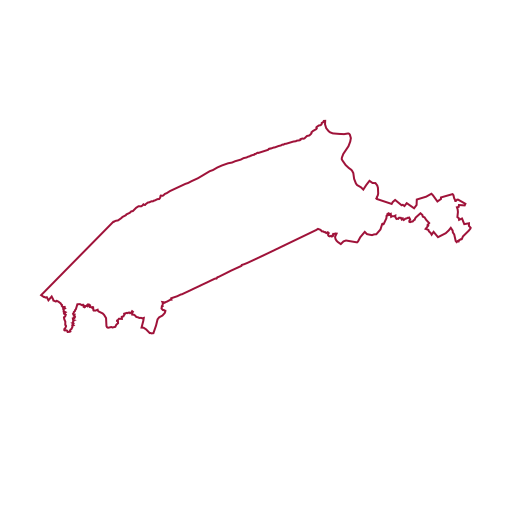 the district of Amphawa, Samut Songkhram, Thailand, rotated 51°
{"feature_id": "78962969B68169586280131", "entity_name": "Amphawa", "entity_type": "district", "adm_level": 2, "iso_a3": "THA", "parent_name": "Thailand", "parent_adm1": "Samut Songkhram", "projection": "robinson", "projection_center": [99.924, 13.363], "detail": "fine", "context": "isolated", "style": "outline", "palette": "rose", "viewbox_px": 512, "rotation_deg": 51, "n_neighbors": 0, "source": "geoboundaries", "source_scale": "gbopen_adm2", "svg_char_len": 6115}
<svg xmlns="http://www.w3.org/2000/svg" viewBox="0 0 512 512"><g transform="rotate(51 256 256)"><path d="M369.1,71.4L366.6,71.6L364.6,69.9L362.3,74.1L356.5,72.3L355.7,75.4L354.4,74.6L352.5,75.0L348.9,71.4L346.6,69.9L344.6,69.2L345.4,67.6L344.1,66.2L348.0,62.0L347.2,60.4L339.3,63.5L338.8,64.2L339.0,66.1L338.6,66.5L337.6,66.0L335.7,65.6L333.0,64.3L331.6,64.3L326.9,75.4L328.1,76.4L327.8,80.7L320.2,80.3L318.0,80.5L317.0,86.4L313.3,95.5L317.4,99.1L318.4,103.1L309.8,105.6L310.6,109.2L308.6,109.7L308.2,110.9L300.0,112.6L300.1,115.7L300.9,117.8L287.6,126.3L287.0,126.3L286.8,125.3L286.3,125.0L285.6,123.3L284.3,121.7L279.7,118.3L277.5,117.4L274.5,117.3L272.6,119.5L269.0,120.5L270.2,125.6L271.9,130.8L268.6,131.2L264.5,132.8L262.5,132.7L257.8,131.2L252.8,128.2L250.3,127.7L249.0,127.7L246.0,128.5L241.7,129.1L236.0,128.7L234.6,128.4L233.5,127.2L231.6,123.9L228.9,115.1L226.4,110.8L224.1,108.1L220.8,106.7L219.7,106.7L218.8,107.2L216.7,110.9L213.4,114.6L209.1,119.1L206.5,120.6L204.8,121.0L200.9,121.0L197.1,119.5L194.5,117.2L193.7,118.3L194.3,119.7L194.0,121.2L194.8,122.0L195.0,122.8L194.9,123.7L194.1,125.0L193.9,127.6L194.0,128.1L195.1,128.5L195.3,129.4L194.7,133.1L194.8,135.1L195.4,135.5L195.7,136.2L195.9,138.7L194.8,140.9L195.1,144.4L194.6,145.5L193.9,146.0L193.2,147.9L193.7,148.3L193.6,149.2L192.0,151.8L191.9,152.8L190.6,154.9L187.7,162.0L186.9,163.2L186.8,164.5L186.0,165.4L185.8,167.0L184.7,169.3L183.4,173.2L182.9,173.8L181.8,177.0L181.3,177.3L181.3,178.0L180.8,178.6L181.1,179.8L177.4,189.3L176.9,189.5L176.6,190.4L176.5,191.9L175.9,192.9L176.2,193.5L175.1,195.8L175.0,196.6L174.6,197.1L174.6,198.1L173.9,199.5L173.5,201.3L172.1,204.1L171.5,207.2L169.2,212.6L168.3,215.8L166.4,219.3L164.2,225.5L162.9,230.3L162.1,235.4L161.0,238.5L159.0,252.3L157.3,258.9L156.5,262.9L155.5,265.5L151.4,282.0L151.0,285.8L150.4,287.7L150.6,290.0L150.3,290.9L149.1,291.9L149.2,292.4L150.3,293.6L150.8,295.4L149.8,296.8L149.1,300.0L148.7,300.5L148.6,301.8L147.7,302.8L147.1,305.2L146.4,306.4L146.3,309.3L146.5,310.1L145.8,310.8L145.0,311.0L145.3,312.6L145.1,314.0L143.4,316.0L143.1,318.8L143.6,323.5L142.8,324.8L143.0,327.0L142.1,330.5L142.4,331.5L141.6,335.3L141.8,336.7L141.5,340.9L140.5,342.6L140.1,343.8L140.0,345.1L139.6,345.3L151.2,447.6L154.3,446.7L154.6,446.2L155.8,445.8L156.4,444.5L159.8,445.2L158.9,440.3L162.2,441.0L163.1,441.5L165.4,440.2L165.4,439.1L167.1,438.3L169.9,437.6L170.8,437.8L171.9,437.6L172.5,438.3L173.9,438.3L175.1,436.8L175.5,437.2L176.5,437.3L176.3,437.8L175.4,438.6L175.7,439.2L176.6,439.1L177.9,440.3L179.9,439.4L179.9,440.3L179.4,440.7L179.4,441.2L180.2,441.5L181.9,440.8L182.9,442.4L182.7,443.4L182.9,443.9L184.5,444.8L187.0,445.5L189.5,447.6L190.4,447.5L191.1,447.9L192.1,449.8L192.1,450.8L192.8,451.6L193.3,451.6L194.6,450.0L195.3,449.8L196.5,450.2L197.7,448.4L197.8,447.8L197.1,447.7L196.8,447.2L196.5,446.5L196.6,445.4L195.6,443.3L194.3,442.5L194.8,441.6L194.1,441.7L193.8,440.5L192.7,440.8L193.0,440.1L192.0,439.7L191.7,438.8L191.2,438.6L191.4,437.9L190.6,438.4L189.2,437.6L189.5,437.0L189.3,436.5L189.9,436.1L189.4,434.9L188.1,434.6L187.7,434.9L187.4,434.2L187.1,434.7L185.8,434.6L185.4,433.3L184.9,432.8L184.8,431.2L184.2,430.7L184.0,429.5L181.1,425.2L182.6,423.1L184.9,422.1L185.0,421.1L186.3,420.9L187.1,421.9L188.0,421.5L188.0,421.0L187.3,420.4L188.0,419.5L187.9,418.2L188.7,418.7L189.0,418.6L188.2,417.0L188.4,416.4L189.9,416.0L190.4,417.2L191.1,417.3L191.9,416.3L193.0,416.0L192.9,415.1L193.3,414.8L195.6,416.4L196.2,416.5L197.4,415.1L198.1,412.9L198.9,413.3L200.1,413.2L204.1,411.3L206.1,411.1L209.9,411.6L216.3,416.3L217.7,416.6L218.7,416.1L220.0,413.4L220.4,412.9L221.2,412.6L222.5,409.9L221.5,407.8L221.4,405.5L220.0,404.5L219.0,404.9L218.7,404.6L218.9,403.6L218.5,402.0L220.5,399.8L218.8,398.6L219.5,397.0L218.9,395.9L218.8,395.0L217.9,394.7L218.9,392.2L219.4,392.0L219.7,391.5L219.7,390.9L220.1,390.1L221.2,389.9L221.4,388.5L220.9,387.0L221.9,386.8L222.2,388.1L223.6,389.1L224.7,387.9L226.3,387.4L228.0,387.4L229.7,386.1L230.7,385.7L231.8,384.2L232.9,383.6L233.5,382.2L235.4,384.3L239.6,390.0L241.0,388.5L243.8,387.6L249.0,387.1L249.5,386.4L250.4,385.9L251.4,384.3L247.1,377.4L243.3,372.4L242.7,369.9L243.4,366.2L242.9,362.9L242.2,361.6L241.5,360.9L240.8,361.5L239.9,361.6L239.4,362.4L237.4,362.5L236.1,361.1L236.2,360.3L235.6,360.3L235.3,359.3L233.7,357.9L232.9,357.7L233.8,356.9L234.1,357.4L234.4,357.4L234.9,356.3L234.9,355.3L235.4,354.0L236.2,349.7L236.7,349.2L236.4,349.0L236.0,349.3L236.0,348.7L235.5,348.4L237.7,342.5L238.6,338.6L239.1,337.8L247.6,302.7L248.0,301.6L248.7,300.9L248.2,299.3L248.6,298.6L251.6,284.9L254.5,273.5L254.0,272.7L254.9,270.5L255.9,267.2L260.6,248.2L273.7,192.8L273.9,190.8L276.3,189.4L278.3,189.3L279.2,188.3L280.5,187.9L281.1,187.1L282.4,187.0L282.7,185.3L283.3,185.4L284.0,185.1L284.6,186.4L285.1,186.8L286.2,186.9L287.2,186.3L287.6,184.9L288.6,184.8L288.9,183.8L288.8,183.2L287.7,182.6L287.4,182.1L288.1,181.3L288.4,180.2L289.3,179.3L290.7,182.2L291.5,182.9L293.1,183.6L294.9,183.8L296.6,183.6L300.1,182.6L299.7,178.8L300.6,176.3L309.0,168.9L308.9,167.6L307.0,163.1L305.7,156.3L308.8,156.0L311.3,154.0L312.8,152.7L313.5,150.7L314.8,148.8L313.7,142.6L310.5,137.7L310.6,137.3L311.5,137.0L311.5,136.6L308.7,130.9L307.0,129.3L307.2,128.5L306.1,127.6L306.2,126.1L306.7,125.9L307.1,126.6L307.9,126.8L308.3,126.2L308.0,125.6L308.1,124.8L310.6,126.3L310.8,125.1L312.0,123.6L312.3,122.3L313.3,123.2L315.6,123.5L315.9,122.7L316.6,122.2L316.3,120.7L317.5,119.4L318.5,119.6L318.9,118.6L319.6,119.4L319.9,118.5L321.0,118.5L321.0,116.3L321.5,115.6L321.9,113.7L322.5,113.4L322.6,112.8L324.6,113.2L325.3,114.9L326.1,115.3L326.7,114.9L327.3,113.2L327.8,112.6L327.5,110.7L327.7,109.8L327.0,108.8L326.6,107.5L326.3,101.3L328.8,100.9L330.4,101.6L332.0,100.7L335.0,101.0L339.4,100.7L339.9,103.2L340.8,103.1L341.7,107.1L344.2,105.6L345.6,106.1L348.1,105.8L350.0,106.1L349.0,102.8L355.9,102.7L357.7,94.2L357.4,90.1L356.7,86.9L360.0,87.2L361.6,88.2L364.0,88.4L370.1,91.4L371.5,91.3L371.3,89.9L372.2,89.4L371.5,88.0L371.8,87.6L371.7,86.5L372.2,86.1L372.4,85.5L371.0,82.8L370.2,74.7L369.6,72.0L369.1,71.4Z" fill="none" stroke="#9f1239" stroke-width="2"/></g></svg>